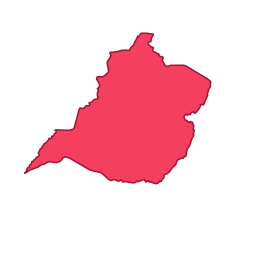 the border of Ouham, rotated 212°
{"feature_id": "CAF-810", "entity_name": "Ouham", "entity_type": "Prefecture", "adm_level": 1, "iso_a3": "CAF", "parent_name": "Central African Republic", "parent_adm1": "", "projection": "robinson", "projection_center": [17.885, 7.097], "detail": "fine", "context": "isolated", "style": "filled", "palette": "rose", "viewbox_px": 256, "rotation_deg": 212, "n_neighbors": 0, "source": "natural_earth", "source_scale": "10m", "svg_char_len": 5740}
<svg xmlns="http://www.w3.org/2000/svg" viewBox="0 0 256 256"><g transform="rotate(212 128 128)"><path d="M138.3,72.2L161.7,71.5L166.0,70.4L167.5,67.9L167.5,65.0L168.6,62.6L170.4,60.8L172.7,59.5L175.8,58.3L176.7,57.8L177.9,56.6L180.1,52.8L181.9,50.9L182.6,49.8L183.1,48.3L183.6,47.2L188.9,40.3L191.1,35.5L191.7,35.1L191.8,35.4L191.3,37.1L191.3,38.1L191.8,38.8L191.9,41.3L191.5,42.3L191.0,43.0L191.5,43.9L191.6,44.4L191.6,44.8L191.1,45.9L191.1,46.3L191.1,46.8L191.7,48.5L191.6,48.8L191.1,49.1L190.8,49.3L190.8,49.7L190.9,50.9L190.8,51.3L190.6,51.6L190.1,51.9L190.1,52.2L190.2,53.6L190.1,54.2L190.0,54.6L189.4,55.5L189.0,56.5L188.8,57.1L188.8,57.6L189.1,58.1L189.8,58.7L190.7,59.1L190.9,59.5L191.1,62.5L191.3,63.4L191.3,63.8L191.1,64.0L190.6,64.7L190.6,65.0L190.6,65.3L191.0,66.6L190.9,67.0L190.8,67.4L190.3,68.0L190.6,68.8L190.8,69.3L190.8,69.7L190.2,71.3L190.0,71.7L189.7,72.0L189.4,72.6L189.4,73.2L189.3,74.4L189.1,75.4L189.1,75.8L189.4,76.4L189.5,76.8L189.4,77.1L189.1,77.6L188.7,78.0L187.6,78.5L187.3,78.9L187.3,79.1L187.4,79.3L188.0,79.9L188.2,80.3L188.1,80.6L188.1,80.9L187.9,81.0L187.3,81.4L187.0,81.6L186.8,82.1L186.8,82.4L187.2,83.2L187.4,83.6L187.4,84.0L187.3,84.3L186.7,85.2L186.7,85.6L186.9,87.0L187.0,87.2L187.4,87.6L187.9,87.6L188.5,87.5L188.0,88.3L176.8,94.8L174.3,97.3L173.6,99.3L179.3,117.9L179.4,119.1L179.2,119.5L178.8,119.8L176.6,120.8L176.2,121.1L175.8,121.5L175.7,122.0L175.7,123.5L175.6,123.9L175.5,124.3L174.9,125.0L173.0,126.2L172.5,126.8L172.5,127.2L172.6,127.5L174.0,128.2L174.3,128.7L174.2,129.1L174.0,129.4L173.3,129.8L172.9,130.3L172.4,131.3L171.8,134.0L171.7,134.4L171.4,134.8L170.5,135.4L170.0,135.8L169.5,136.7L169.5,137.4L169.8,138.1L171.1,139.3L171.8,140.1L172.3,141.0L173.2,144.4L173.4,144.8L173.6,145.0L174.4,145.0L174.7,145.1L174.9,145.3L174.5,146.3L174.2,147.2L174.3,148.1L174.7,149.0L175.6,149.9L176.6,150.8L177.7,151.5L180.2,152.6L180.6,152.9L180.9,153.4L181.1,154.3L181.1,155.0L180.8,155.4L180.4,155.9L177.7,157.4L176.7,158.1L176.0,159.2L175.5,160.0L174.7,163.3L174.3,164.2L174.2,164.6L174.4,165.3L175.1,166.5L179.9,171.9L180.5,172.8L180.7,173.7L180.5,177.1L180.6,178.7L180.8,179.9L181.0,180.6L181.5,181.1L182.7,181.6L183.1,181.9L183.2,182.3L183.0,182.8L182.3,183.5L180.7,184.3L180.3,184.6L179.3,185.7L177.4,187.3L174.5,190.5L173.6,191.2L171.9,192.2L170.9,193.0L168.0,194.4L167.9,194.7L167.9,195.2L168.1,196.2L168.2,197.2L168.1,198.2L167.5,199.9L167.3,201.1L167.3,202.2L167.8,203.7L167.9,204.8L167.9,207.6L168.4,210.7L167.8,210.5L167.5,210.7L167.4,211.1L167.5,212.5L167.4,213.4L167.2,214.2L167.0,214.9L166.7,215.5L166.1,216.0L161.5,218.7L159.0,219.7L157.1,220.8L156.6,220.9L156.3,220.8L155.9,220.2L155.8,219.6L155.9,217.5L155.7,216.7L155.5,216.0L154.8,214.6L154.6,213.9L154.5,213.4L154.6,213.0L154.8,212.7L155.7,212.1L156.0,211.6L156.1,211.2L156.1,210.9L156.0,210.6L155.8,210.3L155.4,210.0L154.8,209.7L153.8,209.4L152.6,209.2L150.9,209.2L150.1,209.4L149.5,209.7L149.2,209.6L149.0,209.3L148.8,209.0L148.7,207.4L148.5,207.1L148.2,206.7L147.6,206.5L146.5,206.4L142.3,206.8L141.6,207.1L141.4,207.1L141.0,207.0L140.1,206.2L139.6,205.9L139.1,205.8L138.4,205.9L137.2,206.4L136.6,206.5L136.0,206.5L135.4,206.1L135.1,205.8L134.9,205.4L135.0,204.4L134.8,203.7L134.5,203.3L131.7,201.9L130.6,201.0L129.9,200.8L129.0,200.6L127.4,201.1L126.6,201.7L126.0,202.4L125.2,203.6L124.7,204.0L114.4,210.5L112.3,211.3L86.5,211.8L83.5,211.4L82.3,211.0L81.3,208.7L80.2,206.9L80.0,205.9L80.1,203.0L79.6,202.5L79.3,201.4L79.1,200.2L78.7,199.2L78.3,198.5L77.9,198.1L77.7,197.6L77.6,197.0L77.1,193.5L77.2,192.0L76.6,190.8L76.3,188.9L76.2,188.4L76.3,188.0L76.5,187.4L76.8,187.2L77.6,187.4L77.8,187.3L78.6,186.5L78.7,186.3L78.7,186.0L78.3,185.3L78.1,184.5L78.0,182.5L78.1,180.3L78.3,179.5L78.3,178.4L78.6,177.0L78.8,176.5L79.2,176.0L79.4,175.9L79.6,175.8L79.9,175.9L80.5,176.3L81.0,175.9L81.8,175.9L82.0,175.7L82.2,175.0L82.6,174.4L82.6,174.1L82.3,173.1L82.3,172.5L82.5,172.2L83.4,172.0L83.6,171.9L83.9,171.1L84.3,170.6L84.8,170.3L85.2,170.2L85.6,170.5L85.9,170.5L86.1,170.4L86.2,170.2L86.4,169.5L86.6,167.6L86.5,167.2L86.2,166.8L86.0,166.5L85.1,166.2L84.8,166.0L84.5,165.6L83.9,165.1L83.4,164.9L82.5,165.5L82.2,165.5L81.9,165.5L81.1,165.1L80.0,165.3L79.5,165.1L79.2,165.1L78.8,165.4L78.7,166.3L78.6,166.5L78.4,166.6L77.6,166.6L76.9,167.0L76.4,166.8L75.8,166.6L75.4,166.2L74.8,165.3L74.5,165.2L73.9,165.1L73.7,165.0L73.3,164.6L73.1,164.2L72.6,162.6L72.4,162.0L72.1,161.5L71.8,161.4L70.6,161.1L70.2,160.6L69.7,158.3L69.5,157.7L69.2,157.5L68.9,157.5L68.6,157.2L68.4,156.5L68.2,154.7L68.1,152.5L67.6,150.3L66.9,148.1L66.7,147.3L66.5,145.7L66.6,141.4L66.5,141.1L66.1,140.3L66.0,139.9L65.8,138.5L65.6,138.1L65.4,137.8L64.7,137.3L64.5,136.9L64.1,134.7L64.2,134.4L64.4,134.1L64.5,133.9L64.9,133.8L65.1,133.6L65.2,133.3L65.1,132.3L65.1,131.9L65.3,131.6L65.6,131.3L66.5,131.2L67.3,129.6L67.5,129.3L68.3,128.6L68.5,128.3L68.8,127.0L68.9,125.8L68.8,124.5L68.6,123.8L68.1,122.6L68.2,122.1L68.3,121.3L69.2,118.6L69.3,118.0L69.6,113.6L69.7,112.9L69.8,112.3L70.3,111.3L70.3,110.6L70.7,109.6L71.9,108.8L72.0,108.6L72.3,108.0L72.2,107.1L72.0,106.5L71.4,105.6L71.3,105.2L71.3,104.6L71.8,102.2L71.5,100.8L71.4,100.6L72.5,99.5L73.3,99.6L73.5,99.5L73.6,99.1L73.2,98.5L73.1,98.1L73.5,96.9L74.1,96.1L74.9,95.6L77.0,94.9L79.3,94.5L80.3,94.6L80.7,93.9L81.1,93.5L81.7,93.5L83.3,93.8L83.5,93.5L83.4,93.0L83.7,92.4L84.4,91.7L85.5,92.1L86.1,92.5L86.3,92.8L86.7,92.9L87.5,92.3L88.5,91.2L90.3,88.6L91.3,87.6L91.7,87.6L92.2,87.6L92.5,87.4L92.7,86.3L93.0,85.6L93.8,84.8L94.6,84.1L101.8,81.2L102.9,80.4L103.6,79.5L106.1,80.4L106.8,79.9L107.2,78.5L108.1,77.8L109.2,77.5L111.1,77.3L112.2,76.9L113.2,76.4L114.3,74.6L115.4,74.3L116.5,74.2L117.5,74.2L124.8,75.6L127.0,75.7L129.1,75.3L133.4,73.5L138.3,72.2Z" fill="#f43f5e" stroke="#9f1239" stroke-width="1.5"/></g></svg>